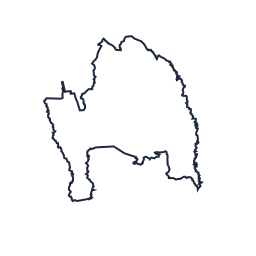 Ixtapan de la Sal, México, Mexico, rotated 20°
{"feature_id": "50627088B70229616994198", "entity_name": "Ixtapan de la Sal", "entity_type": "district", "adm_level": 2, "iso_a3": "MEX", "parent_name": "Mexico", "parent_adm1": "México", "projection": "orthographic", "projection_center": [-99.696, 18.841], "detail": "fine", "context": "isolated", "style": "outline", "palette": "slate", "viewbox_px": 256, "rotation_deg": 20, "n_neighbors": 0, "source": "geoboundaries", "source_scale": "gbopen_adm2", "svg_char_len": 5826}
<svg xmlns="http://www.w3.org/2000/svg" viewBox="0 0 256 256"><g transform="rotate(20 128 128)"><path d="M63.2,164.7L64.4,164.7L66.2,166.6L67.3,166.1L68.4,168.0L68.4,169.7L68.8,170.0L69.6,170.2L70.9,169.2L71.7,169.7L73.1,171.3L73.4,172.8L74.4,173.1L76.9,175.4L78.2,177.8L78.8,178.1L80.5,177.8L82.7,180.3L84.1,180.3L84.4,180.6L87.1,185.1L86.9,186.4L87.1,187.5L88.5,188.0L90.1,187.8L90.6,188.2L90.7,188.8L90.5,190.2L92.2,190.1L92.3,190.7L91.7,192.0L93.4,193.2L93.7,195.0L94.4,196.6L94.2,197.2L93.3,197.9L93.3,198.3L93.9,198.6L93.8,198.9L93.5,199.3L92.5,199.6L92.4,200.3L93.2,201.6L92.9,203.8L93.1,205.2L93.9,206.4L95.8,207.2L96.1,207.9L95.4,209.3L95.7,209.8L95.4,211.5L96.5,212.4L97.2,212.4L97.9,212.0L99.1,213.2L99.5,214.3L100.2,215.0L101.4,215.5L101.9,214.4L103.1,214.0L105.4,213.9L115.3,208.0L115.6,208.3L116.2,207.6L115.9,207.2L116.7,206.1L117.3,206.8L118.0,205.8L117.6,205.7L116.9,204.6L116.6,204.9L115.8,203.4L116.3,202.8L115.6,202.2L115.4,198.8L115.6,199.0L116.9,198.0L115.4,198.2L115.1,194.2L115.4,194.2L113.8,191.9L111.2,191.1L110.4,190.2L109.6,190.1L109.2,189.5L106.7,188.8L106.5,188.4L106.6,186.5L105.8,185.9L104.3,185.6L105.6,183.6L105.7,182.5L105.5,182.2L104.8,182.1L104.7,182.6L103.1,179.2L103.6,177.7L103.3,176.8L100.5,175.4L101.5,173.8L101.7,172.1L101.4,171.7L101.8,170.7L101.0,169.8L100.1,169.3L100.0,169.0L101.0,168.4L101.1,167.7L100.5,167.5L99.3,168.1L99.0,167.7L98.8,166.2L98.0,165.0L97.9,163.6L98.5,162.8L98.7,161.9L100.4,160.4L100.1,160.1L102.2,159.6L102.6,158.8L104.5,157.2L120.9,150.2L133.5,153.0L145.6,152.6L145.5,153.8L147.5,154.0L147.2,157.3L146.1,157.3L144.9,158.7L145.2,159.4L145.6,159.6L147.1,159.1L147.4,158.2L152.3,158.2L152.7,157.7L153.0,156.4L153.3,156.1L153.7,156.4L153.9,156.0L153.5,155.0L153.7,152.0L152.9,150.4L154.8,148.8L158.3,149.4L159.2,150.0L159.5,148.8L160.3,147.7L162.9,147.6L164.8,145.2L166.6,144.5L166.2,143.6L166.7,142.4L162.8,142.6L161.7,142.0L162.1,141.4L165.0,140.3L166.4,140.3L167.2,139.6L169.6,138.5L171.0,137.1L172.4,137.4L173.4,139.4L174.0,139.6L174.8,140.6L175.9,144.5L177.1,146.8L177.1,147.8L181.1,152.4L181.2,154.4L180.8,156.0L179.5,157.4L179.9,158.2L183.2,159.7L183.5,161.1L184.5,160.9L184.9,160.5L188.1,159.5L190.8,160.1L192.3,158.7L194.1,158.3L194.3,157.7L195.1,157.3L197.0,154.8L197.8,154.6L198.3,154.2L200.3,154.9L201.5,153.5L203.7,152.9L205.2,153.6L206.2,154.9L206.5,154.6L206.7,155.1L207.3,155.2L209.3,157.4L209.8,157.3L211.2,158.9L212.3,158.5L212.8,159.5L213.6,159.9L214.6,161.9L214.8,160.4L216.0,157.9L215.2,156.8L213.9,156.5L213.7,155.7L213.9,155.0L215.4,154.6L215.9,153.8L212.7,153.8L212.9,151.0L212.2,150.3L211.6,151.0L210.9,149.0L211.4,148.2L209.8,147.5L209.9,146.4L209.5,145.8L208.5,145.9L207.4,145.2L206.4,145.5L206.1,144.0L205.2,143.7L204.3,142.8L203.9,141.8L204.2,141.0L205.0,141.1L205.7,140.8L205.0,138.4L204.5,137.9L204.3,138.8L203.0,139.8L202.2,139.8L202.6,137.7L201.5,137.3L201.2,136.1L201.6,134.7L201.0,133.9L202.0,132.5L201.7,132.0L201.9,131.1L201.1,130.8L202.0,129.4L201.7,129.0L200.9,129.4L199.9,129.2L198.4,127.4L198.8,126.8L199.5,126.5L198.7,126.2L198.4,125.5L199.1,124.2L199.2,123.0L197.8,122.2L196.8,119.7L197.2,119.3L198.2,119.5L199.2,117.6L198.6,117.1L197.9,117.4L197.4,116.8L197.7,116.3L197.6,114.8L195.9,111.4L194.6,111.2L193.8,109.6L193.8,104.6L192.3,104.9L191.8,104.5L192.4,103.0L192.3,101.8L190.5,102.7L190.1,101.9L191.2,100.6L191.0,99.9L188.7,100.0L188.5,99.4L189.4,98.8L188.7,96.3L186.6,96.5L185.4,97.2L185.2,94.7L184.1,94.3L183.0,93.0L182.0,93.2L181.4,92.6L181.6,91.5L181.0,90.6L181.1,89.7L180.4,88.7L178.9,89.2L178.4,88.1L176.2,88.1L175.9,86.0L174.2,84.7L175.1,84.2L175.0,82.7L174.1,82.2L172.4,78.3L171.4,77.9L169.7,78.7L168.0,79.0L167.4,78.4L168.1,77.2L167.7,75.1L166.4,73.7L166.3,71.8L167.4,69.4L167.0,68.7L166.0,69.3L164.5,68.2L164.0,67.1L162.6,66.4L162.6,64.9L160.5,63.6L158.8,64.5L157.5,66.3L156.9,65.4L156.9,63.8L158.6,62.7L158.6,61.8L156.4,62.5L156.2,61.0L155.0,60.7L154.5,60.2L155.0,59.0L154.3,58.6L153.3,58.7L152.7,57.8L151.4,58.1L150.6,56.6L149.2,55.9L149.2,54.9L148.6,54.9L148.4,54.2L147.4,54.4L147.4,53.8L146.2,53.9L146.6,52.7L145.7,52.4L144.9,51.3L144.2,52.0L142.8,51.3L140.5,51.3L139.8,50.8L137.2,50.0L135.3,50.1L132.1,49.2L131.7,50.2L131.5,53.3L129.2,51.4L129.3,50.7L128.5,50.5L126.3,49.0L125.8,48.1L125.0,48.3L124.6,47.8L123.3,47.6L123.1,47.1L122.8,47.4L122.1,47.0L121.2,47.3L120.6,48.0L119.8,47.4L119.2,47.7L114.9,44.0L110.8,42.0L103.7,41.8L100.0,40.5L95.1,42.8L94.4,44.0L94.1,46.1L94.5,47.5L92.4,49.6L92.6,51.5L91.8,52.7L92.5,54.7L93.7,56.3L94.1,56.0L94.6,57.4L90.0,58.6L88.7,57.8L88.4,57.1L86.2,56.1L83.4,55.4L82.0,55.5L80.8,55.0L80.6,55.3L79.1,54.7L78.4,54.0L76.7,53.8L75.8,52.8L74.5,52.4L73.8,54.3L74.2,55.3L73.4,56.9L71.5,59.4L71.5,59.9L73.0,59.7L74.9,60.1L74.0,66.5L74.1,68.9L74.7,72.3L74.0,75.1L73.0,76.7L72.2,79.8L74.6,80.4L76.1,82.3L76.5,83.7L75.9,85.9L76.9,87.6L78.0,90.3L80.0,91.0L79.1,93.9L79.9,94.1L80.1,95.4L80.8,95.8L81.2,97.1L80.6,97.4L81.1,100.2L80.3,101.4L81.1,103.7L77.7,105.0L74.9,110.6L73.3,111.6L73.6,113.2L73.0,115.2L73.6,116.2L75.1,115.9L76.3,116.7L77.7,119.2L77.6,119.7L78.3,119.9L78.6,120.8L79.4,120.8L80.7,123.6L80.4,126.1L79.1,127.0L76.7,127.9L71.5,120.9L68.9,118.2L65.6,113.8L62.7,115.4L62.0,114.9L62.3,113.9L61.7,113.0L58.4,114.3L56.5,115.5L50.8,107.0L50.5,107.1L50.3,107.6L51.5,109.8L52.8,110.7L52.8,113.4L54.5,115.7L54.7,118.4L56.3,122.0L55.6,123.0L53.5,123.9L41.4,127.9L40.8,129.0L40.9,129.6L40.0,130.9L40.2,131.9L41.7,133.3L43.1,133.3L43.9,134.4L43.7,135.4L44.3,135.9L45.5,136.1L46.1,138.1L47.5,138.7L47.5,139.2L46.3,140.0L46.3,140.4L48.1,140.8L48.8,141.6L48.4,143.1L49.1,144.8L50.2,145.6L51.4,145.8L51.7,146.2L51.5,146.8L51.7,147.4L54.4,149.8L55.4,149.7L56.9,151.1L56.7,152.2L56.9,152.8L57.8,153.1L58.3,154.9L59.9,156.0L60.7,156.0L60.3,157.4L58.9,158.2L60.5,159.9L60.1,160.7L60.5,162.3L60.4,163.3L62.0,163.7L63.2,164.7Z" fill="none" stroke="#1e293b" stroke-width="2"/></g></svg>